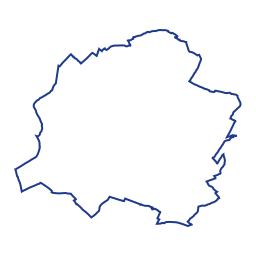 Dobrin, Salaj, Romania
{"feature_id": "2599482B81285722475955", "entity_name": "Dobrin", "entity_type": "district", "adm_level": 2, "iso_a3": "ROU", "parent_name": "Romania", "parent_adm1": "Salaj", "projection": "natural_earth1", "projection_center": [23.114, 47.302], "detail": "fine", "context": "isolated", "style": "outline", "palette": "blue", "viewbox_px": 256, "rotation_deg": 0, "n_neighbors": 0, "source": "geoboundaries", "source_scale": "gbopen_adm2", "svg_char_len": 5732}
<svg xmlns="http://www.w3.org/2000/svg" viewBox="0 0 256 256"><path d="M191.6,224.6L191.4,224.3L190.0,223.7L189.4,223.2L187.9,221.9L187.7,221.6L189.2,220.2L190.0,218.8L193.0,216.6L193.9,215.7L194.3,215.0L196.9,212.7L197.6,211.7L197.9,210.9L198.2,208.9L198.2,207.7L198.5,206.6L202.1,205.6L203.5,205.6L204.7,205.8L204.9,205.6L206.7,205.1L207.6,204.5L210.2,203.7L212.2,202.6L213.8,202.2L215.0,201.5L215.3,201.4L217.2,199.9L217.5,199.1L219.2,198.1L219.0,197.5L215.7,193.5L215.4,193.1L217.1,191.8L216.0,191.2L213.5,189.0L212.9,187.8L212.1,186.9L209.1,185.7L208.2,184.4L207.9,183.6L206.6,181.5L215.3,178.4L215.3,178.2L215.5,178.0L214.2,176.0L217.4,175.0L219.2,174.0L220.4,173.6L220.5,172.6L220.2,171.4L220.3,170.5L221.3,168.4L223.1,166.5L223.2,166.1L224.5,164.4L224.5,164.2L224.6,162.4L224.8,161.7L224.9,160.0L224.4,158.2L223.9,156.3L223.4,154.8L223.4,154.3L222.6,154.8L221.3,157.1L219.8,159.2L217.3,163.5L217.2,163.5L216.9,163.3L215.8,161.4L212.6,158.1L212.8,157.6L213.9,157.4L214.7,156.5L215.3,155.6L215.5,154.9L218.1,151.7L218.9,150.0L220.3,148.2L221.0,147.2L221.5,146.2L223.0,144.2L223.8,142.6L224.8,141.2L225.6,140.8L226.7,140.4L229.3,140.0L229.6,139.8L230.0,139.0L230.5,138.3L231.4,137.6L231.6,137.4L233.3,137.1L233.8,136.4L234.1,136.2L236.9,135.8L234.7,135.5L234.3,135.6L232.9,135.2L232.1,135.3L231.8,135.6L230.9,135.8L230.8,136.0L230.2,136.4L229.8,136.4L228.4,136.6L227.6,137.0L226.9,137.2L228.8,133.9L230.2,131.3L234.2,123.0L234.7,122.0L235.4,121.4L235.4,121.2L235.2,120.8L232.9,119.8L232.0,119.4L231.1,118.7L230.4,118.5L231.4,115.8L232.4,115.1L232.8,114.2L233.1,113.6L233.3,112.4L240.0,106.1L240.6,104.2L240.3,102.6L239.5,100.9L237.8,97.6L237.5,96.8L237.5,95.7L235.8,94.6L233.2,94.2L232.5,94.0L231.4,94.0L231.0,93.7L230.9,93.5L230.6,93.4L230.1,92.9L229.7,92.8L229.4,92.7L228.1,93.0L226.3,93.1L225.3,93.0L222.0,92.0L218.7,91.4L216.1,90.8L215.0,90.8L214.9,91.0L214.6,91.8L214.0,92.0L212.5,91.9L210.0,91.3L209.5,91.2L209.3,90.7L209.3,90.4L209.0,90.1L207.8,89.8L206.4,89.1L205.0,89.0L204.9,88.9L203.2,88.1L203.2,87.9L202.8,87.8L201.9,87.5L201.4,87.2L199.7,86.7L197.7,85.6L196.2,85.0L195.6,84.7L194.4,84.3L189.3,81.3L190.3,80.2L190.4,79.8L190.9,78.8L192.0,77.2L192.5,76.7L193.2,75.6L193.3,75.1L194.3,73.5L194.5,73.1L195.3,72.2L196.6,69.8L197.8,68.2L199.0,64.9L199.7,62.8L200.2,61.9L200.6,60.7L201.1,59.1L201.0,58.6L199.1,54.8L197.2,55.4L196.9,55.0L196.0,54.4L193.5,52.9L192.0,52.2L189.7,51.8L189.1,51.3L188.8,50.9L186.3,43.1L186.2,42.5L186.2,42.0L185.5,42.0L184.8,41.8L183.9,41.3L182.2,41.2L181.0,40.9L179.4,40.3L179.3,40.1L179.4,39.7L178.6,39.7L177.1,38.5L175.3,37.7L175.1,37.5L175.1,37.2L176.7,37.0L177.2,36.8L177.4,36.5L177.3,36.2L175.3,34.5L174.2,34.0L172.6,32.9L172.1,32.8L171.7,33.2L171.0,33.2L168.1,31.6L167.9,31.3L168.0,30.9L166.1,30.3L164.4,30.1L162.6,30.2L159.9,30.0L157.6,30.4L155.6,31.1L154.5,30.9L151.2,31.4L150.2,32.0L149.7,32.2L149.1,32.2L148.2,31.9L147.3,32.0L146.0,32.7L145.7,33.1L145.1,33.4L144.0,33.5L141.3,35.2L140.6,35.4L138.0,35.9L135.7,36.5L135.0,37.0L133.6,37.0L133.3,37.2L133.2,37.5L133.4,38.2L133.3,38.8L132.0,39.2L130.7,40.2L129.9,40.3L128.4,40.3L127.9,40.5L128.8,42.1L129.6,44.0L130.3,44.6L130.4,45.2L130.2,45.7L129.4,45.5L128.8,45.6L127.1,46.3L126.1,46.3L125.4,46.0L125.0,45.7L124.4,45.5L122.8,45.4L114.1,45.6L110.7,46.6L108.7,48.5L106.7,49.9L105.2,49.3L104.8,48.7L104.8,48.4L104.6,48.4L102.7,49.9L102.1,50.6L101.9,51.1L99.7,49.5L99.1,48.9L96.7,55.9L95.7,55.2L94.1,53.9L92.4,52.9L91.6,53.4L90.1,55.0L87.9,57.2L87.0,58.2L83.5,61.3L80.9,63.5L80.3,62.9L79.8,62.0L78.4,61.0L77.5,60.1L77.1,59.5L76.0,58.7L75.1,58.4L74.7,57.9L74.4,57.9L74.2,57.4L73.7,57.2L73.8,57.0L73.6,56.6L73.1,56.7L71.0,54.3L70.2,54.9L67.9,57.3L66.2,59.2L62.9,62.5L59.7,66.3L58.5,65.7L55.8,83.5L54.6,84.6L53.1,87.1L52.9,88.0L52.6,88.5L52.5,89.4L52.1,90.2L51.7,90.6L51.1,90.7L50.9,90.9L50.2,92.0L49.3,92.9L48.3,93.3L45.0,95.5L43.6,96.2L42.1,97.2L40.0,98.1L39.1,99.3L36.7,100.7L34.3,103.5L33.8,104.8L33.7,105.5L33.7,106.2L33.9,107.1L35.8,110.4L36.3,112.5L37.2,114.5L39.6,118.3L39.7,118.6L41.0,122.1L42.0,123.9L42.0,124.7L41.8,125.3L41.8,126.0L42.0,126.3L42.2,128.5L41.4,131.4L40.5,132.2L40.1,132.9L40.0,133.6L39.6,134.9L38.5,135.9L37.9,136.4L37.3,136.4L36.5,136.1L38.7,140.1L39.4,142.1L39.5,142.8L39.6,145.5L39.6,146.3L39.8,146.5L39.8,147.3L39.5,148.2L39.6,148.7L38.4,152.5L37.6,154.5L36.5,156.4L35.7,157.2L31.7,159.5L27.9,161.9L26.0,162.9L19.9,166.8L17.1,168.4L16.1,169.2L15.4,169.3L15.9,171.0L17.0,175.9L17.2,176.4L17.6,176.5L18.7,180.1L19.6,182.0L20.4,184.6L21.8,191.6L23.0,190.9L26.8,189.1L28.8,188.0L33.8,185.9L35.6,185.2L36.8,184.5L39.6,183.6L40.0,183.4L40.3,182.8L41.3,183.1L45.8,186.1L49.0,188.4L51.3,190.4L51.9,191.1L51.6,192.3L52.7,192.8L56.1,193.2L59.2,193.4L65.5,193.0L68.1,193.6L69.1,193.5L70.3,193.8L70.8,193.7L72.6,195.8L75.7,198.9L75.9,199.2L75.2,199.8L73.9,200.5L75.5,202.6L75.8,203.6L76.6,204.4L76.8,204.4L77.1,204.2L80.8,207.5L82.0,208.9L83.4,210.3L85.0,211.4L88.2,214.2L91.3,217.4L93.4,216.0L95.7,214.1L97.5,212.2L98.7,211.2L99.1,210.5L99.4,209.0L99.6,207.2L100.4,205.5L102.4,203.5L105.3,201.5L107.6,200.0L108.0,199.6L108.8,198.1L109.6,196.8L118.6,199.6L123.0,200.9L124.0,201.1L125.1,198.6L139.7,204.1L140.2,204.3L140.4,204.8L141.1,204.4L141.4,204.5L142.4,205.1L145.7,205.9L148.6,205.9L149.4,206.1L150.2,206.8L151.1,207.0L152.1,207.3L151.6,208.4L151.8,208.9L152.2,209.3L153.1,209.3L153.5,208.5L154.6,208.9L155.0,208.8L155.5,208.9L156.0,209.4L157.5,210.1L158.5,211.1L160.2,212.0L160.2,212.4L159.1,214.5L158.4,216.4L157.5,217.9L157.4,218.3L157.8,218.7L159.3,219.4L157.4,222.6L156.9,223.8L160.7,223.6L161.6,223.0L162.2,222.9L162.7,223.1L163.5,222.9L163.8,223.1L164.3,223.2L165.6,222.3L166.7,222.0L169.5,221.9L176.2,222.3L178.9,222.9L183.0,224.2L187.8,226.0L191.6,224.6Z" fill="none" stroke="#1e3a8a" stroke-width="2"/></svg>